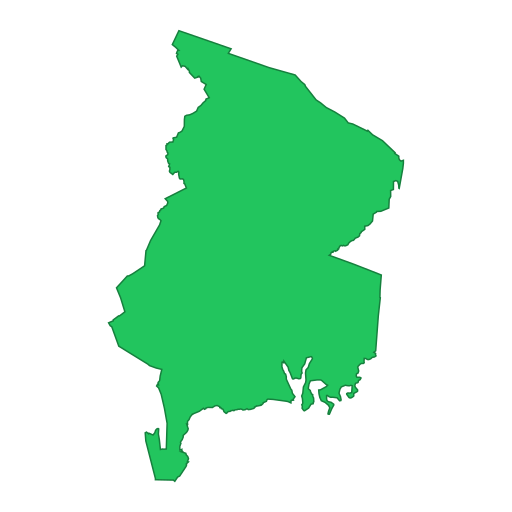 Epitacio Huerta, Michoacán, Mexico
{"feature_id": "50627088B38339693807546", "entity_name": "Epitacio Huerta", "entity_type": "district", "adm_level": 2, "iso_a3": "MEX", "parent_name": "Mexico", "parent_adm1": "Michoacán", "projection": "albers", "projection_center": [-100.284, 20.143], "detail": "fine", "context": "isolated", "style": "filled", "palette": "green", "viewbox_px": 512, "rotation_deg": 0, "n_neighbors": 0, "source": "geoboundaries", "source_scale": "gbopen_adm2", "svg_char_len": 6096}
<svg xmlns="http://www.w3.org/2000/svg" viewBox="0 0 512 512"><path d="M155.4,478.4L155.4,479.7L173.4,480.1L174.8,481.3L177.6,477.1L179.7,476.0L186.0,466.5L186.6,464.9L186.2,464.0L188.4,461.9L187.4,461.6L188.5,458.7L187.7,456.4L186.3,455.0L185.8,453.3L181.1,451.7L182.5,451.3L181.6,450.2L181.8,449.4L179.8,449.9L179.8,446.4L180.9,443.3L180.5,442.7L180.6,441.8L182.2,439.6L183.2,437.0L183.2,435.4L186.5,432.4L187.7,430.5L188.2,428.8L186.7,424.2L187.6,424.5L187.7,424.2L187.4,423.2L187.6,421.2L189.0,419.7L190.1,417.1L191.8,414.8L192.6,414.4L192.5,414.1L199.3,411.3L203.4,408.3L204.5,409.3L205.9,408.6L206.1,407.9L208.1,407.4L212.4,407.5L214.9,405.9L217.1,405.5L219.8,406.7L219.8,407.6L221.0,407.8L221.3,408.7L222.6,409.0L223.2,409.6L224.0,411.7L226.1,413.4L226.9,413.0L227.5,412.1L228.7,411.5L230.1,411.4L231.0,410.6L231.6,410.7L233.0,410.2L233.9,410.7L234.9,409.9L237.3,409.6L238.0,409.2L239.4,409.3L240.3,409.0L242.0,409.3L242.9,410.0L245.2,409.7L247.0,408.7L248.3,409.6L250.4,409.4L253.8,408.4L254.6,407.6L254.6,407.0L255.5,406.8L256.5,405.9L256.8,406.1L261.0,405.3L261.1,404.7L261.7,404.8L263.1,403.5L263.2,402.7L266.4,401.3L267.0,399.6L268.0,399.1L273.0,399.4L286.1,401.2L288.1,401.6L290.9,402.9L291.1,400.5L292.2,400.0L292.7,400.3L293.5,400.1L293.2,399.2L295.0,396.7L292.4,393.3L291.8,390.2L290.9,389.2L286.3,379.2L286.3,376.7L285.6,374.1L284.5,373.5L283.6,370.9L282.9,370.0L281.9,366.7L282.0,362.2L282.3,362.0L283.6,362.7L283.8,361.0L288.1,367.1L288.9,370.5L290.1,372.6L292.4,378.6L292.9,379.0L293.8,378.9L294.9,378.1L296.7,378.1L298.8,378.8L300.2,378.6L300.8,377.9L301.1,374.3L302.1,373.0L301.6,371.2L301.9,367.8L304.7,363.9L306.4,357.8L311.0,356.6L311.5,356.7L312.2,357.8L312.4,358.8L309.4,363.6L308.2,367.5L306.0,369.9L305.5,373.0L306.0,380.1L305.6,382.6L303.4,387.0L302.8,393.2L301.7,396.0L302.4,398.5L302.8,402.9L302.5,403.9L301.8,404.7L302.3,406.4L302.1,408.3L303.8,410.6L304.5,410.8L308.6,408.1L311.0,404.2L313.2,403.7L313.2,402.6L313.8,401.8L313.6,398.0L312.7,396.2L312.7,394.6L311.8,394.2L310.6,391.9L310.3,390.5L308.4,388.9L308.3,388.3L309.0,384.0L310.4,380.8L317.2,379.9L320.4,379.9L321.6,380.4L326.2,384.5L327.6,385.2L326.3,386.6L320.5,389.8L318.7,390.0L319.0,393.8L319.8,397.4L321.3,400.7L325.1,402.4L328.5,405.3L329.8,407.8L328.6,411.1L328.0,413.6L328.2,414.2L329.4,414.2L331.7,408.8L333.8,405.0L333.7,404.2L331.1,402.3L328.3,401.7L326.9,400.5L326.6,398.7L326.6,395.5L327.3,395.4L329.2,396.8L330.9,397.3L332.5,397.2L337.1,397.8L339.6,400.8L340.8,400.6L341.1,399.9L340.5,396.7L339.0,393.2L339.9,389.3L341.3,386.9L345.5,385.2L347.0,385.6L349.3,385.8L351.0,385.3L352.2,385.7L351.7,392.5L350.0,393.1L347.7,393.0L346.7,393.6L346.7,394.3L349.0,397.5L350.1,398.0L351.5,397.7L353.4,396.4L353.8,395.9L353.7,393.5L357.0,391.7L357.6,391.1L357.6,389.9L355.5,387.4L354.9,386.2L354.9,385.2L355.4,383.6L355.9,383.1L357.7,382.7L358.2,382.1L358.5,380.5L360.1,379.7L361.0,378.0L359.9,377.3L356.9,377.3L356.2,376.0L356.5,373.8L358.0,373.1L358.7,371.0L357.8,367.4L357.9,366.5L360.2,364.1L361.6,363.4L363.2,363.5L363.9,363.1L364.2,362.6L364.0,361.4L364.2,358.4L365.8,358.5L367.4,359.5L368.8,359.6L370.7,358.8L372.2,357.4L374.6,356.9L376.0,355.9L375.5,354.6L375.6,353.4L373.8,352.3L375.7,350.8L378.3,315.9L380.3,297.7L379.9,297.5L380.1,290.1L381.3,275.0L354.0,264.3L329.2,255.3L330.8,254.1L331.0,252.9L331.6,252.2L332.9,252.3L333.2,251.9L333.0,251.5L334.6,250.8L335.4,250.8L335.6,251.2L337.6,250.2L337.7,249.1L338.6,249.1L339.1,247.4L340.2,245.8L341.1,245.4L342.4,245.9L343.6,245.3L344.2,245.8L345.6,245.8L347.8,244.8L348.7,243.1L350.3,241.6L351.9,240.6L353.2,240.4L354.2,239.6L355.2,238.2L358.0,237.1L359.5,235.8L359.8,233.6L361.1,232.6L361.3,231.8L364.8,229.3L364.7,226.2L367.9,225.6L370.0,224.0L372.5,221.0L373.2,214.1L376.4,212.2L376.7,211.5L380.8,211.3L388.8,208.0L389.2,199.2L390.7,196.5L390.6,190.5L393.4,189.5L393.5,181.5L395.9,180.6L397.7,181.4L398.7,185.1L398.9,188.2L399.2,188.4L402.8,168.5L403.4,163.2L403.4,160.3L401.0,161.1L399.6,160.0L398.8,158.2L398.8,156.2L394.7,153.4L395.1,152.7L382.5,140.7L372.6,134.8L367.9,130.3L367.3,131.1L352.8,124.0L348.2,122.9L344.5,118.1L334.8,112.0L326.2,107.5L320.9,103.1L316.1,99.9L305.5,86.4L304.8,84.6L301.0,81.5L295.2,75.0L269.0,67.6L228.7,53.5L228.3,53.3L231.1,48.8L178.9,30.7L172.3,44.6L175.7,47.3L178.8,50.4L177.7,50.5L176.9,52.2L176.5,53.4L177.9,54.2L176.7,56.2L181.2,67.1L182.4,65.8L184.2,66.1L185.3,66.5L187.7,69.3L188.0,68.7L189.4,71.2L189.4,72.5L194.7,78.1L198.2,77.0L198.0,76.5L199.0,76.1L200.7,78.2L201.3,81.5L206.2,84.5L204.1,89.2L209.2,97.7L206.0,99.1L205.7,100.6L203.2,102.7L200.9,105.5L198.2,107.4L196.6,111.1L192.9,113.4L189.7,114.8L186.5,115.3L184.8,116.3L184.4,119.5L184.3,126.4L182.0,131.0L180.1,132.3L178.4,132.9L176.6,137.2L173.2,137.9L173.0,138.6L173.6,139.7L172.9,142.0L169.5,142.2L167.8,143.9L167.0,143.8L167.0,144.8L166.0,145.5L166.0,149.5L166.9,150.7L167.2,152.2L167.8,152.8L167.9,153.9L167.7,154.7L166.0,155.8L165.9,156.9L166.4,157.9L167.6,158.8L167.7,160.9L168.5,163.2L169.6,163.9L168.7,166.6L169.9,167.3L169.9,169.5L169.4,171.1L170.0,172.4L172.8,174.5L174.7,172.3L176.7,172.2L178.1,171.3L178.6,171.7L178.9,172.9L178.6,174.0L179.4,178.1L180.1,179.0L182.7,178.9L183.6,179.7L184.0,181.4L184.0,183.5L184.7,183.8L186.4,188.0L165.2,198.7L167.6,201.3L167.8,202.9L166.6,205.5L164.2,206.6L163.6,208.1L161.0,209.0L160.7,210.0L159.8,210.7L159.4,212.1L158.1,212.6L158.0,213.0L158.2,214.6L157.5,215.6L157.8,217.4L158.4,218.6L159.9,219.5L161.0,220.7L159.6,224.9L150.6,240.5L146.4,250.4L146.0,250.6L144.6,265.8L132.6,273.8L128.8,275.9L127.3,276.0L116.5,287.8L120.6,297.8L124.9,311.8L119.5,315.9L118.6,315.9L113.2,319.9L113.3,320.8L108.6,322.8L110.2,325.7L111.8,326.8L118.8,346.2L147.8,364.1L149.5,365.6L156.1,368.0L161.8,369.4L160.2,376.0L159.7,380.2L159.3,381.2L158.1,382.4L158.5,384.8L157.5,384.3L156.6,386.0L158.6,387.9L161.2,394.3L164.4,408.1L167.1,423.3L166.3,449.0L163.9,449.2L162.5,449.0L160.4,449.5L159.3,439.4L158.4,434.0L158.7,428.9L158.0,428.5L156.7,429.0L155.6,430.3L154.8,432.8L153.0,435.0L148.9,433.2L148.5,433.8L146.5,432.1L145.2,432.8L145.8,440.9L155.4,478.4Z" fill="#22c55e" stroke="#15803d" stroke-width="1.5"/></svg>